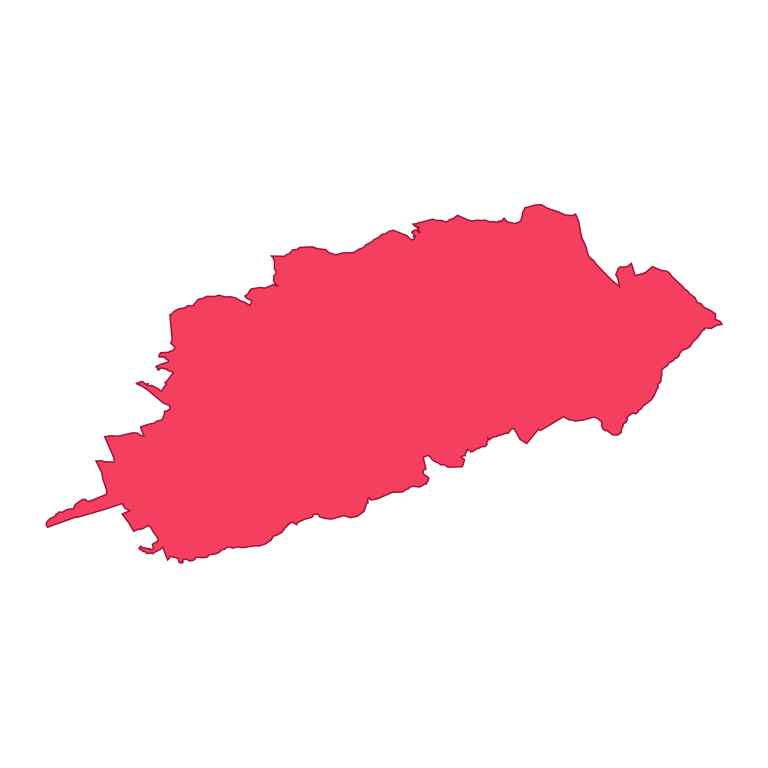 Nicolae Balcescu, Vâlcea, Romania
{"feature_id": "2599482B33321571341238", "entity_name": "Nicolae Balcescu", "entity_type": "district", "adm_level": 2, "iso_a3": "ROU", "parent_name": "Romania", "parent_adm1": "Vâlcea", "projection": "robinson", "projection_center": [24.389, 44.984], "detail": "fine", "context": "isolated", "style": "filled", "palette": "rose", "viewbox_px": 768, "rotation_deg": 0, "n_neighbors": 0, "source": "geoboundaries", "source_scale": "gbopen_adm2", "svg_char_len": 6111}
<svg xmlns="http://www.w3.org/2000/svg" viewBox="0 0 768 768"><path d="M447.7,467.1L462.0,466.8L463.4,464.2L464.4,459.6L460.9,457.0L462.2,456.1L465.1,455.6L465.7,452.8L467.1,450.9L467.3,449.5L470.9,451.2L470.8,451.8L472.6,451.6L477.5,448.3L478.6,448.5L482.0,446.5L485.1,446.6L487.1,444.4L486.6,442.7L488.1,439.7L487.9,438.1L489.1,439.7L489.9,439.6L490.4,438.6L494.2,436.7L497.1,436.4L498.2,434.9L499.2,435.5L506.1,433.2L508.2,433.4L511.1,429.1L514.2,428.7L520.0,439.3L526.6,443.6L538.6,429.1L540.5,430.5L563.6,416.6L569.4,420.0L571.9,419.8L575.0,421.1L584.3,419.8L593.8,417.0L598.4,419.0L601.7,422.1L602.0,423.1L601.5,425.5L602.9,429.0L605.3,430.7L607.1,430.6L613.0,435.0L617.7,435.0L621.2,432.6L621.5,429.0L623.3,425.5L623.2,423.8L626.2,422.2L627.2,419.8L627.2,417.6L628.0,416.4L632.6,412.9L635.3,413.9L637.7,412.4L638.4,410.6L641.4,408.7L643.3,405.3L645.2,404.8L645.8,403.6L647.7,402.9L649.5,400.9L650.9,400.4L654.2,395.5L656.6,389.8L658.2,387.4L657.9,384.2L659.8,382.8L661.0,380.9L660.7,379.9L661.1,379.0L660.6,377.8L661.7,375.9L661.9,373.8L661.4,371.9L662.2,369.2L667.7,365.3L668.3,363.5L669.2,362.6L670.5,362.4L671.9,361.0L673.2,360.9L674.5,358.6L676.5,358.1L678.8,356.2L679.8,353.2L681.9,350.5L687.7,348.2L689.8,346.6L693.4,341.4L697.3,337.9L702.6,330.3L704.5,329.6L703.9,328.3L706.1,327.9L711.1,328.5L716.6,325.3L721.9,324.3L720.1,321.3L715.1,319.3L714.9,318.2L715.7,316.7L715.4,313.9L710.9,310.7L705.0,307.9L702.7,306.1L701.5,304.1L697.1,302.3L695.0,297.6L689.0,293.4L687.9,291.2L684.1,288.7L683.1,287.0L672.5,277.0L668.9,272.6L666.5,271.1L661.6,270.5L652.4,266.7L645.2,272.8L635.1,275.6L631.4,263.4L627.7,266.3L625.1,267.1L619.9,267.0L618.3,268.5L615.8,274.9L617.7,277.8L619.5,286.3L613.3,281.7L608.3,276.8L596.2,264.2L593.4,260.3L590.1,257.9L588.3,255.2L587.2,252.3L586.3,247.4L581.5,237.0L578.7,221.6L575.6,214.1L572.6,215.5L565.1,215.0L558.5,211.9L547.6,208.4L541.5,204.8L535.6,205.0L524.7,207.9L524.1,210.1L522.7,212.3L522.2,216.1L520.7,220.7L518.4,222.6L514.5,223.5L507.0,221.8L504.3,218.3L503.3,218.7L502.0,221.0L500.7,220.8L500.6,221.6L498.1,221.3L497.3,222.3L491.5,221.5L490.2,222.0L485.1,220.1L480.2,220.6L477.8,220.1L472.6,221.0L468.7,220.3L457.5,215.3L453.2,218.7L449.7,219.7L446.4,222.1L441.6,220.5L436.0,220.4L432.6,219.2L420.0,222.7L418.9,222.4L416.8,223.7L413.0,224.1L415.1,226.5L418.9,227.1L419.0,227.6L417.3,228.1L418.0,229.0L417.4,230.0L419.1,230.6L419.1,231.4L420.0,232.1L418.7,232.5L418.2,231.3L416.0,230.1L414.7,230.1L412.0,231.7L411.9,232.9L412.8,233.1L413.8,234.7L413.6,235.2L414.9,235.7L415.3,236.5L413.5,237.0L414.5,238.3L414.1,239.4L411.9,239.8L409.9,238.8L407.0,235.7L393.3,230.3L388.7,231.5L385.0,234.1L382.3,234.2L378.3,237.6L373.5,239.9L372.7,241.3L365.6,245.1L363.6,247.6L359.3,249.1L353.3,252.7L343.1,252.9L335.9,254.9L328.4,252.5L325.8,249.6L317.9,248.8L312.5,246.9L300.0,247.4L296.3,249.8L292.9,249.7L289.0,253.9L287.1,254.3L284.4,256.3L271.6,256.1L273.0,257.5L274.5,260.9L274.4,269.1L275.9,270.9L276.1,271.9L275.8,273.5L273.6,276.3L274.0,278.5L273.4,280.3L275.4,283.8L277.7,285.7L275.8,285.9L274.4,284.2L265.0,288.1L260.1,287.5L251.1,289.0L249.0,291.5L248.8,292.9L246.5,295.2L244.8,296.1L246.8,298.4L251.9,300.8L250.0,305.3L244.5,302.1L240.6,300.8L235.8,298.1L230.6,296.7L225.2,297.0L219.0,295.2L215.0,296.5L206.9,296.3L202.3,298.7L199.0,299.0L197.6,299.9L193.3,305.4L191.0,306.0L188.2,305.6L184.1,308.1L179.7,308.6L174.7,310.9L171.3,314.4L169.9,314.7L172.2,339.9L170.7,343.3L174.4,346.4L174.7,348.3L172.3,350.9L170.0,351.2L168.7,352.3L160.7,352.7L159.2,354.8L159.0,356.9L165.6,357.3L165.5,358.7L168.1,360.0L168.6,361.8L160.2,364.5L158.9,365.5L156.5,366.1L156.0,366.9L158.0,368.7L157.7,369.8L159.5,369.7L159.9,368.4L161.1,368.1L163.4,368.2L164.5,369.1L166.7,368.6L167.3,370.2L173.4,372.4L167.0,381.0L165.0,382.6L166.5,384.8L164.9,385.9L161.4,391.0L160.0,390.6L158.4,388.9L151.5,385.4L150.6,385.9L147.3,385.0L147.9,383.7L145.6,384.2L142.5,381.6L140.9,381.6L139.0,382.4L138.5,383.3L137.1,383.0L136.5,383.7L142.3,386.3L147.7,390.0L163.1,402.9L170.2,406.0L169.5,409.6L168.2,409.8L167.5,410.8L164.4,411.4L164.6,413.8L162.1,419.9L157.0,421.1L153.6,423.4L150.0,423.9L140.8,426.8L140.9,428.1L143.8,435.9L141.1,435.7L137.2,433.1L132.9,432.8L118.4,436.2L111.0,435.8L104.7,436.7L114.0,458.0L114.3,460.4L113.7,462.2L103.8,461.6L101.5,460.8L96.0,461.0L101.8,472.6L102.7,478.5L106.4,489.5L106.9,492.6L106.5,494.3L90.5,500.9L87.4,501.5L85.7,499.6L84.1,499.2L81.1,500.3L75.4,504.5L73.3,509.1L70.4,508.9L65.7,510.1L62.3,512.3L58.9,512.0L58.3,513.1L56.0,514.1L55.6,515.9L49.6,519.0L46.8,522.1L46.1,524.8L47.6,527.2L75.2,517.3L78.1,517.1L104.9,509.3L122.2,503.5L124.8,508.0L129.7,510.8L122.2,514.0L128.7,522.7L133.6,531.3L138.5,529.2L141.4,529.1L143.7,528.2L147.7,525.5L150.6,527.0L153.1,531.7L157.0,536.9L158.5,540.0L157.4,541.4L152.4,544.3L153.5,548.5L151.8,549.6L150.8,550.0L150.0,548.8L142.3,547.7L141.0,546.1L139.0,548.0L139.6,549.2L142.0,550.3L142.9,551.4L145.7,552.0L146.8,553.5L151.6,553.0L153.1,553.7L154.0,552.6L160.1,549.5L162.8,547.4L167.7,560.0L169.4,558.2L169.7,556.6L171.4,556.6L178.5,558.4L178.8,561.8L181.0,563.2L181.3,562.2L182.9,562.5L182.8,559.6L185.6,559.0L190.3,561.1L191.2,560.3L193.1,560.4L195.0,559.2L195.6,557.6L196.6,557.3L203.0,557.7L207.5,556.9L209.0,554.8L216.2,553.7L219.1,552.3L222.1,549.7L225.3,549.0L226.2,547.7L228.8,546.8L232.9,548.1L238.5,546.8L241.3,547.6L244.2,547.5L254.2,545.8L259.4,545.9L265.4,543.9L271.0,540.2L273.5,536.1L276.8,535.2L282.1,532.1L285.1,527.9L290.8,522.5L292.6,522.2L296.7,524.7L297.8,522.4L305.0,519.1L311.6,517.4L312.5,516.7L313.4,514.7L314.6,513.9L317.9,514.3L318.9,515.1L319.2,516.6L324.3,518.3L331.4,519.1L343.9,515.6L350.2,517.6L357.2,516.3L364.0,511.4L366.8,503.0L368.0,502.8L367.4,501.4L368.0,501.1L367.6,499.6L368.7,497.9L369.7,497.9L370.0,499.5L371.0,500.0L377.3,498.9L392.3,492.3L402.5,492.0L406.6,489.1L408.7,488.7L409.3,487.4L412.7,486.3L419.7,487.0L425.1,483.9L426.3,484.1L426.5,482.3L427.6,481.8L428.8,478.0L422.9,473.6L423.4,470.3L425.9,469.1L423.2,457.3L428.1,455.3L430.9,457.7L431.9,459.5L435.1,461.6L438.4,463.0L441.0,465.0L444.4,464.7L447.7,467.1Z" fill="#f43f5e" stroke="#9f1239" stroke-width="1.5"/></svg>